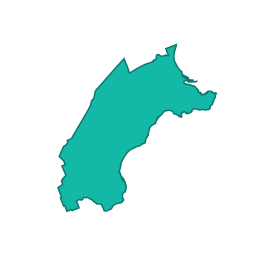 outline of Hobsons Bay, Victoria, Australia, rotated 331°
{"feature_id": "25037944B90171787297249", "entity_name": "Hobsons Bay", "entity_type": "district", "adm_level": 2, "iso_a3": "AUS", "parent_name": "Australia", "parent_adm1": "Victoria", "projection": "mercator", "projection_center": [144.848, -37.857], "detail": "fine", "context": "isolated", "style": "filled", "palette": "teal", "viewbox_px": 256, "rotation_deg": 331, "n_neighbors": 0, "source": "geoboundaries", "source_scale": "gbopen_adm2", "svg_char_len": 5808}
<svg xmlns="http://www.w3.org/2000/svg" viewBox="0 0 256 256"><g transform="rotate(331 128 128)"><path d="M121.0,78.5L118.9,79.1L117.1,80.1L115.4,82.2L113.4,84.4L112.6,85.2L111.2,86.0L109.4,86.5L108.9,86.9L107.4,88.8L106.3,89.8L104.8,91.0L101.8,93.0L73.1,110.0L68.9,109.4L68.3,111.5L67.7,111.9L66.1,112.5L65.1,112.8L62.7,112.9L54.0,119.6L55.9,125.7L55.2,129.9L54.4,129.4L51.8,129.2L50.8,139.3L45.4,141.1L45.3,141.3L45.6,141.7L44.0,142.3L43.7,145.6L37.8,146.3L36.3,156.4L36.2,156.4L35.0,156.3L33.9,165.0L35.1,165.1L34.2,171.2L39.2,171.9L39.0,173.1L46.5,174.1L47.6,166.7L51.4,167.2L52.0,168.3L52.7,168.6L53.7,168.5L54.4,168.0L54.4,167.8L55.2,167.4L55.5,167.3L56.0,167.4L56.5,167.8L56.9,168.2L57.5,168.6L58.4,168.7L59.0,169.2L60.3,171.5L61.4,172.8L61.8,173.9L62.2,175.1L62.8,176.5L64.1,179.4L64.4,179.6L65.9,180.3L66.3,180.6L67.6,182.0L67.8,182.5L67.7,183.0L67.5,183.8L67.5,185.9L67.3,187.7L67.1,188.0L67.1,188.5L67.1,188.8L67.6,189.4L68.3,189.8L69.7,190.3L74.0,190.6L75.1,190.1L75.8,189.7L76.6,188.9L77.1,188.7L80.6,188.5L83.4,189.2L85.5,190.0L86.6,190.0L87.5,189.6L88.4,189.3L89.4,188.8L89.6,188.0L89.4,186.8L89.4,186.2L89.6,185.6L90.4,184.7L90.8,183.6L91.0,183.2L91.4,182.9L91.8,182.7L94.8,182.3L94.8,182.1L95.0,181.9L96.6,180.4L96.8,180.3L97.5,179.0L98.3,178.0L98.5,177.0L98.4,175.9L98.5,175.5L99.3,174.1L99.2,173.4L99.0,172.8L99.0,172.5L99.2,171.8L99.3,171.2L99.3,170.5L99.4,169.5L99.3,169.2L99.1,168.3L99.0,168.2L99.0,168.5L99.2,169.3L99.2,169.6L99.2,170.5L99.1,171.0L99.0,171.5L98.9,171.8L98.8,171.7L98.5,172.2L98.2,172.3L98.1,171.0L98.2,168.1L98.3,167.5L98.5,167.1L98.8,166.1L99.0,165.0L99.3,163.9L99.3,163.5L98.7,162.9L98.5,162.4L99.3,162.0L102.0,158.9L103.3,157.7L103.2,157.4L103.3,157.2L103.9,156.5L105.6,154.8L108.4,152.8L108.7,152.7L109.5,152.1L112.0,150.6L114.3,149.6L115.5,149.1L118.5,148.3L121.7,148.1L122.6,148.4L126.8,148.5L129.4,149.2L130.3,149.3L132.7,148.9L135.1,149.2L136.0,149.1L137.2,147.6L137.3,147.3L137.7,147.0L137.9,146.6L138.3,146.2L138.9,145.8L139.1,145.8L139.7,145.3L140.2,145.3L140.3,145.0L140.5,144.8L141.4,144.4L142.0,144.3L142.4,143.8L142.9,142.9L143.4,142.4L143.7,141.7L144.4,141.3L145.0,140.6L145.1,140.4L145.8,139.9L146.4,138.9L147.2,138.3L148.9,137.6L150.0,137.3L151.5,137.2L152.9,137.2L154.0,137.4L154.3,137.3L154.5,136.9L155.3,136.0L155.5,135.9L155.8,135.9L156.1,135.5L156.9,135.0L157.1,134.9L157.0,134.7L157.3,134.5L157.5,134.4L157.5,134.2L157.7,134.3L157.5,134.7L158.1,134.3L158.6,134.2L158.7,133.9L159.4,133.7L159.2,133.1L159.3,132.9L160.3,132.2L159.5,133.0L159.7,133.5L160.3,133.5L160.7,133.3L161.0,133.3L161.2,133.1L161.8,133.0L163.7,132.6L164.9,132.1L165.5,131.9L166.4,131.4L166.9,131.3L168.3,130.6L169.4,131.4L170.5,131.7L171.2,131.7L173.6,133.1L173.9,133.4L174.0,133.8L174.1,134.0L175.2,134.9L175.3,135.2L175.1,136.4L174.8,137.0L175.0,137.6L175.4,138.2L176.7,139.3L177.4,140.3L177.6,141.0L178.0,141.3L178.3,142.3L178.3,142.8L178.5,143.0L179.1,143.0L179.0,143.5L179.3,143.8L179.6,143.7L179.8,144.2L180.3,144.3L180.8,143.6L180.8,143.1L180.5,143.0L180.5,142.9L180.6,142.7L180.5,142.3L180.8,141.8L181.2,141.6L181.5,141.7L182.1,141.5L182.3,140.9L182.5,140.7L182.9,140.7L183.4,140.8L183.9,141.1L184.4,140.8L184.5,141.0L185.5,141.2L185.7,141.4L185.8,141.5L185.5,143.1L186.0,143.4L186.5,143.6L186.8,143.6L187.1,143.8L187.1,144.4L187.3,144.5L190.7,144.8L191.3,144.6L191.8,144.6L191.8,144.4L192.0,144.0L192.2,143.7L193.0,143.3L194.4,143.3L195.3,143.5L197.0,144.4L197.3,144.7L197.7,145.3L197.8,145.1L198.0,145.2L198.9,146.3L199.0,146.5L199.5,147.1L200.2,147.1L201.1,147.6L202.6,148.0L203.1,148.5L203.4,148.7L203.6,149.2L204.2,149.6L204.8,149.7L205.0,150.0L205.9,150.3L207.6,151.0L208.5,150.9L209.2,150.6L209.5,150.4L209.9,149.9L210.3,148.9L210.7,148.7L211.1,148.6L211.7,148.4L212.7,148.4L213.5,148.0L213.7,147.5L214.0,147.3L214.5,146.8L215.1,146.6L216.4,145.5L217.0,144.8L219.4,143.3L219.5,143.1L219.5,142.5L219.7,142.3L220.3,141.8L222.1,140.5L221.6,139.7L220.1,139.6L219.5,139.4L219.8,138.8L219.8,138.4L219.4,137.9L219.4,137.7L218.7,137.1L218.9,136.8L217.5,135.4L215.4,134.7L215.3,135.1L214.6,134.9L214.4,135.6L214.1,136.0L213.7,135.9L213.9,135.4L213.0,135.1L212.2,135.7L211.5,135.3L211.3,135.9L211.1,135.8L211.3,135.3L211.0,135.2L210.8,135.6L209.9,135.3L209.1,134.7L208.8,134.9L208.4,134.6L208.2,134.0L208.7,133.8L208.7,133.7L208.8,133.7L208.7,133.3L208.4,133.4L208.8,133.2L208.6,132.7L208.3,132.7L208.2,132.1L208.4,132.0L208.4,131.5L207.4,131.5L207.2,130.9L207.2,130.3L207.2,130.0L207.5,129.5L207.8,129.4L207.8,128.9L206.6,124.5L206.6,124.2L206.1,123.3L205.8,123.5L205.6,123.3L205.1,122.5L202.6,119.7L201.2,118.7L200.1,117.8L199.0,116.5L198.8,116.0L198.9,115.6L199.1,115.0L199.4,114.6L200.0,114.3L200.9,114.3L202.0,114.5L202.5,115.1L202.6,115.5L202.9,115.9L203.3,117.0L203.6,117.4L204.1,117.4L205.2,118.2L206.1,118.5L209.1,120.2L210.4,120.5L210.6,120.5L210.7,120.4L208.9,119.9L205.3,117.9L204.3,117.1L203.7,116.2L203.1,114.7L202.8,113.6L202.0,111.1L201.2,109.7L201.1,109.4L201.4,109.4L202.6,110.6L203.5,113.5L204.0,113.5L204.4,114.6L205.2,115.8L205.8,116.4L207.4,117.4L208.2,117.8L208.7,117.9L207.6,117.4L206.1,116.4L205.1,115.5L204.8,115.1L204.4,114.2L203.6,111.6L204.2,112.1L205.6,113.8L203.6,111.1L202.2,108.9L201.6,108.6L201.6,108.3L201.9,108.5L202.0,108.4L201.4,107.8L201.4,107.4L201.0,107.1L202.4,105.1L201.6,103.0L201.1,101.0L200.9,98.1L201.0,93.0L201.1,91.8L201.3,90.9L201.7,90.0L203.0,87.2L203.9,85.9L204.9,84.6L206.2,83.2L209.1,80.4L210.7,78.5L199.5,77.0L198.5,84.5L198.1,84.4L197.5,83.9L196.6,82.6L196.3,82.4L194.4,82.4L193.8,82.2L191.6,81.1L191.3,80.8L191.0,79.6L190.7,78.9L190.3,78.5L189.2,78.1L188.4,78.2L187.9,78.5L186.8,80.5L186.3,81.0L184.7,81.4L182.7,81.2L182.6,82.0L180.6,81.9L175.4,80.9L171.0,80.5L165.6,80.4L155.9,80.8L157.4,72.0L157.4,70.9L158.2,65.4L143.0,70.6L142.3,70.9L121.0,78.5Z" fill="#14b8a6" stroke="#0f766e" stroke-width="1.5"/></g></svg>